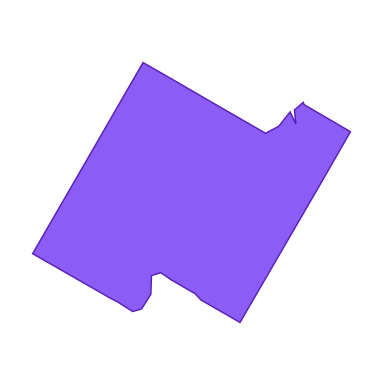 outline of Shawnee, Kansas, United States of America, rotated 120°
{"feature_id": "52423323B43181650652677", "entity_name": "Shawnee", "entity_type": "district", "adm_level": 2, "iso_a3": "USA", "parent_name": "United States of America", "parent_adm1": "Kansas", "projection": "natural_earth1", "projection_center": [-95.755, 39.043], "detail": "fine", "context": "isolated", "style": "filled", "palette": "violet", "viewbox_px": 384, "rotation_deg": 120, "n_neighbors": 0, "source": "geoboundaries", "source_scale": "gbopen_adm2", "svg_char_len": 497}
<svg xmlns="http://www.w3.org/2000/svg" viewBox="0 0 384 384"><g transform="rotate(120 192 192)"><path d="M325.1,299.2L324.8,209.5L324.4,201.7L325.2,183.7L318.5,177.2L301.2,176.5L284.6,185.3L277.5,178.7L278.5,165.3L278.5,138.8L281.1,129.8L281.0,120.9L281.0,85.2L125.0,84.8L60.6,84.9L60.3,138.5L58.8,140.5L69.7,144.3L81.2,136.0L73.6,147.1L91.6,149.7L104.4,157.7L104.4,191.5L104.4,227.1L104.3,262.9L104.4,299.1L234.9,299.1L325.1,299.2Z" fill="#8b5cf6" stroke="#5b21b6" stroke-width="1.5"/></g></svg>